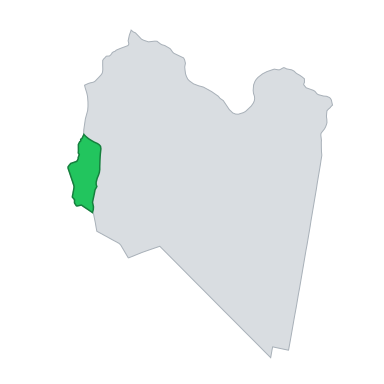 Ghat on a map of Libya (Equal Earth projection), rotated 12°
{"feature_id": "LBY-2968", "entity_name": "Ghat", "entity_type": "Municipality", "adm_level": 1, "iso_a3": "LBY", "parent_name": "Libya", "parent_adm1": "", "projection": "equal_earth", "projection_center": [10.299, 26.072], "detail": "fine", "context": "in_parent", "style": "filled", "palette": "green", "viewbox_px": 384, "rotation_deg": 12, "n_neighbors": 0, "source": "natural_earth", "source_scale": "10m", "svg_char_len": 4048}
<svg xmlns="http://www.w3.org/2000/svg" viewBox="0 0 384 384"><g transform="rotate(12 192 192)"><path d="M67.9,107.5L69.8,106.4L72.5,105.2L73.8,104.2L74.4,103.4L76.4,100.2L77.5,98.4L78.9,96.0L79.5,94.3L79.5,92.7L79.3,90.8L78.2,86.2L77.3,81.8L78.0,80.1L78.6,79.3L79.8,77.2L80.3,76.8L82.9,76.2L84.0,74.8L84.8,73.1L85.0,72.2L86.1,71.2L87.5,70.3L88.4,69.0L91.1,67.1L93.7,65.4L96.6,63.6L98.9,62.1L99.4,60.9L99.3,59.9L98.1,57.4L98.1,54.6L98.1,52.2L98.2,50.8L98.8,46.9L98.8,46.3L101.2,47.6L103.6,48.1L110.8,53.0L113.1,53.6L118.2,54.2L124.1,52.2L126.4,51.8L130.3,53.7L132.0,54.2L134.9,54.4L139.9,56.0L141.2,56.6L144.1,59.3L145.5,60.1L155.9,62.6L157.3,64.3L158.8,67.4L158.9,71.3L159.8,74.1L161.1,77.8L162.7,80.4L164.5,82.6L166.5,83.9L171.0,85.9L176.2,86.7L181.3,87.0L190.3,89.7L197.9,92.9L199.8,94.5L203.6,96.1L211.3,103.6L215.5,106.2L218.5,106.7L221.1,106.3L225.7,103.7L227.6,102.1L232.1,95.6L233.5,92.2L234.0,89.8L233.8,87.4L233.1,85.2L231.7,82.9L230.7,79.9L230.0,74.5L230.6,70.7L231.4,68.5L232.7,66.2L236.4,61.8L240.2,58.7L246.9,54.7L250.8,54.6L252.4,54.2L255.6,51.4L256.9,51.3L258.8,51.9L264.1,51.8L266.6,52.5L269.5,54.3L273.1,55.4L275.7,56.5L278.4,57.9L279.2,61.4L278.9,62.5L278.9,63.8L281.9,66.3L289.9,67.4L291.5,68.1L293.7,69.9L295.2,70.5L300.6,70.8L303.8,70.4L306.8,71.0L308.0,71.7L309.2,73.1L310.8,76.6L311.4,77.8L310.9,78.4L310.1,79.7L309.6,80.8L308.2,82.6L307.1,84.5L307.4,87.3L307.8,90.2L308.8,93.0L309.6,96.1L309.5,98.1L309.1,100.6L308.5,102.7L306.3,107.1L306.0,108.1L306.2,109.6L307.9,114.7L308.1,116.3L309.2,121.3L310.2,125.4L311.2,128.6L311.4,129.5L311.6,134.2L311.9,138.9L312.1,143.7L312.3,148.4L312.5,153.1L312.7,157.9L313.0,162.6L313.2,167.4L313.4,172.2L313.6,176.9L313.8,181.7L314.0,186.5L314.2,191.3L314.4,196.1L314.7,200.9L314.9,205.7L315.1,210.5L315.3,215.3L315.5,220.1L315.6,224.9L315.8,229.8L316.0,234.6L316.2,239.4L316.4,244.3L316.6,249.1L316.8,254.0L317.0,258.8L317.2,263.7L317.3,268.5L317.5,273.4L317.7,278.3L317.9,283.1L318.2,294.0L318.6,304.8L319.0,315.7L319.3,326.6L319.2,326.7L315.1,326.7L311.1,326.7L307.1,326.7L303.1,326.7L303.1,329.5L303.2,332.2L303.3,334.9L303.4,337.7L295.4,332.5L287.5,327.3L279.5,322.1L271.6,317.0L263.7,311.8L255.7,306.6L247.8,301.5L239.9,296.3L232.1,291.2L224.2,286.0L216.3,280.9L208.5,275.8L200.6,270.6L192.8,265.5L185.0,260.4L177.2,255.3L171.8,251.8L166.1,255.2L161.6,257.9L155.7,261.5L148.9,266.1L143.7,269.6L143.2,269.5L137.7,263.5L133.4,258.8L131.5,257.5L123.4,255.1L115.5,252.7L107.1,250.2L105.5,246.4L103.8,242.1L101.5,236.8L100.1,233.5L99.6,233.0L93.2,230.5L86.4,227.9L82.4,229.5L81.7,229.3L80.6,228.4L79.5,227.1L78.9,225.2L77.3,222.8L75.8,217.2L75.7,212.8L75.4,211.2L71.9,204.9L68.7,199.2L66.6,195.5L66.2,193.8L66.4,191.7L67.3,189.8L70.4,187.5L73.2,185.1L73.6,183.4L73.7,178.8L72.8,177.4L72.2,174.6L71.5,170.9L71.4,168.6L72.7,163.9L74.1,158.9L73.2,153.5L72.5,142.6L73.0,134.0L72.6,130.9L72.4,129.6L71.5,125.5L70.3,121.4L69.8,119.9L68.3,116.6L65.9,112.4L64.7,109.9L66.4,108.6L67.9,107.5Z" fill="#d9dde1" stroke="#a8b0b8" stroke-width="1"/><path d="M82.0,229.6L81.7,229.5L79.6,227.4L79.3,227.0L79.1,226.2L78.8,224.2L78.5,223.7L76.1,222.0L75.9,221.4L75.9,218.4L75.8,215.4L75.7,212.6L75.5,211.2L74.9,209.8L72.5,205.7L70.5,202.4L68.1,198.3L65.8,194.5L65.5,193.3L65.9,192.3L66.1,191.9L66.4,191.1L66.9,190.5L67.1,190.2L67.1,189.8L67.2,189.4L72.8,186.1L73.1,185.7L73.8,183.0L73.7,182.5L73.5,181.9L73.6,181.2L74.0,178.9L73.9,178.6L73.7,178.4L73.0,177.9L72.8,177.7L72.6,177.3L72.3,175.1L71.0,169.4L71.0,169.0L71.1,168.7L71.3,167.9L71.6,166.6L71.8,166.2L72.5,165.3L72.6,164.9L72.4,164.4L72.2,163.9L72.2,163.5L72.6,163.2L73.0,162.9L73.3,162.4L74.3,158.2L74.4,158.3L76.7,159.8L79.8,161.4L82.8,162.5L85.9,163.5L89.6,164.3L91.6,165.2L93.0,166.3L93.9,168.7L94.4,173.6L94.8,176.6L95.5,180.9L96.5,186.5L97.1,189.3L97.3,192.3L97.0,195.0L96.4,198.1L96.2,202.3L96.7,204.6L97.8,206.5L96.7,210.0L96.8,214.2L96.8,218.6L96.8,222.7L98.7,227.0L99.1,229.8L98.9,232.8L93.8,230.7L90.0,229.2L86.9,227.9L86.6,227.8L86.2,227.9L84.5,228.7L82.6,229.5L82.0,229.6Z" fill="#22c55e" stroke="#15803d" stroke-width="1.5"/></g></svg>